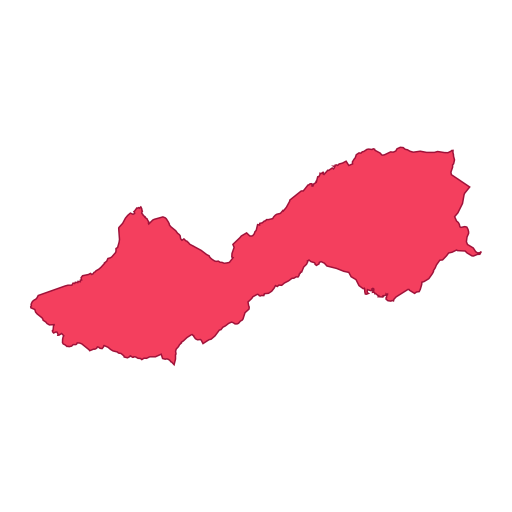 Cabesti, Bihor, Romania
{"feature_id": "2599482B71952057061288", "entity_name": "Cabesti", "entity_type": "district", "adm_level": 2, "iso_a3": "ROU", "parent_name": "Romania", "parent_adm1": "Bihor", "projection": "albers", "projection_center": [22.412, 46.783], "detail": "fine", "context": "isolated", "style": "filled", "palette": "rose", "viewbox_px": 512, "rotation_deg": 0, "n_neighbors": 0, "source": "geoboundaries", "source_scale": "gbopen_adm2", "svg_char_len": 6056}
<svg xmlns="http://www.w3.org/2000/svg" viewBox="0 0 512 512"><path d="M386.1,299.2L387.9,300.7L390.9,301.1L392.2,300.5L393.5,300.9L393.9,299.3L396.1,296.9L408.0,289.4L409.1,289.5L409.4,290.2L414.6,293.4L416.5,292.0L419.2,291.6L420.3,289.3L421.7,284.5L421.9,282.2L424.0,281.6L428.8,278.7L432.4,273.6L433.5,271.5L433.4,270.7L435.2,267.9L436.4,265.0L439.8,260.2L442.6,259.9L446.6,255.7L448.6,253.0L452.1,252.2L456.6,250.0L457.5,250.6L465.1,251.0L467.0,252.9L472.0,255.9L473.5,256.0L477.4,254.4L479.8,254.3L481.3,251.6L479.6,252.8L477.5,252.9L475.6,251.6L473.3,248.0L467.5,244.5L466.4,241.8L467.0,237.1L468.6,233.4L468.6,231.8L468.0,229.4L466.8,227.1L464.8,226.6L461.0,227.4L459.9,226.8L459.3,224.3L458.3,222.5L456.6,221.1L454.6,216.7L457.9,212.8L462.5,203.5L464.1,194.5L464.7,193.2L469.7,187.0L451.4,174.7L450.9,172.2L452.6,167.2L452.6,164.9L453.6,163.8L454.5,159.9L453.5,156.1L453.5,154.9L452.9,152.3L453.0,150.4L451.7,150.5L451.0,151.2L447.9,152.7L444.5,152.6L437.6,151.5L434.5,152.4L426.5,152.4L420.3,151.2L413.3,152.2L409.9,151.2L407.5,149.8L405.2,149.3L403.2,147.6L400.3,147.3L397.0,148.8L395.8,151.0L393.2,152.2L390.6,151.9L384.5,154.8L382.7,155.2L381.7,154.9L380.2,153.1L375.0,150.3L374.6,149.2L373.2,148.8L372.1,149.5L368.6,149.1L366.9,149.4L363.8,151.5L362.3,151.8L360.8,153.2L359.0,152.9L356.3,154.7L355.2,157.9L354.2,159.0L352.4,161.9L352.6,163.9L348.8,165.5L346.1,161.2L342.5,163.1L339.1,164.0L337.6,165.4L336.5,164.9L335.1,165.2L335.0,166.2L333.6,166.2L334.4,166.7L334.5,167.5L333.5,168.9L332.2,168.0L328.7,170.4L327.8,170.2L324.0,174.5L323.0,173.8L323.4,172.4L323.1,172.2L321.2,173.5L320.0,173.3L320.1,174.3L318.8,176.7L317.7,176.8L316.4,181.9L316.0,181.7L316.0,182.5L313.7,184.0L312.9,186.1L312.0,186.0L312.0,183.9L311.4,183.7L310.1,183.8L308.8,184.9L308.0,185.0L303.3,190.9L301.2,191.0L289.9,200.0L289.6,201.4L286.3,207.4L283.3,211.0L282.9,210.5L280.4,213.4L276.9,214.2L275.4,215.1L273.6,217.0L272.7,218.6L268.5,219.6L266.5,219.6L265.5,220.8L264.2,221.1L262.3,222.8L259.7,223.4L259.6,225.0L257.6,224.6L256.2,230.4L254.9,231.8L254.3,233.7L252.7,235.7L251.2,236.1L249.7,235.9L246.6,232.9L241.3,236.0L239.9,237.7L232.9,244.4L234.1,247.4L232.0,253.5L231.8,257.0L233.1,257.6L229.4,262.4L227.1,262.9L224.2,263.3L222.1,262.4L220.1,262.3L218.3,261.1L216.2,261.4L214.6,261.0L211.6,259.0L209.9,257.4L209.1,255.8L206.7,254.6L201.2,250.4L189.7,244.2L188.2,242.3L187.4,241.9L187.0,241.2L185.9,240.9L183.9,238.9L182.0,240.3L180.9,239.1L180.5,238.1L180.2,235.9L179.3,234.6L177.5,233.2L175.7,230.7L170.9,226.8L169.4,225.0L169.3,224.0L168.4,222.1L166.3,218.8L165.2,217.8L162.9,216.9L154.3,219.3L152.8,220.0L148.8,224.0L148.4,223.1L148.7,221.7L147.7,220.4L147.1,218.9L144.9,217.3L145.1,216.8L143.2,215.4L142.9,214.5L141.8,213.4L141.9,212.0L142.4,211.2L141.8,210.1L141.9,209.2L141.0,207.2L140.8,206.9L139.4,208.2L138.7,207.6L137.4,208.2L136.8,208.0L134.5,211.2L133.9,211.6L134.5,212.5L134.6,213.5L133.0,214.3L130.4,213.1L127.7,215.4L125.4,218.2L122.7,223.3L118.9,227.5L118.7,228.4L119.5,239.5L119.1,242.2L117.6,247.5L116.0,248.5L116.0,250.9L115.7,252.4L111.8,256.9L110.4,257.8L107.9,258.5L106.7,261.2L104.5,262.9L104.7,263.2L101.0,267.3L98.8,269.2L96.0,270.8L95.1,271.9L93.9,272.5L93.2,273.7L91.8,274.5L90.5,273.4L88.5,274.5L82.6,275.7L81.1,277.7L81.6,280.0L80.4,280.1L80.3,281.7L78.0,281.4L77.8,282.6L75.3,282.3L74.7,283.5L73.1,283.1L71.8,285.2L68.0,285.2L65.0,286.0L38.2,295.5L37.1,297.7L35.8,299.2L34.2,300.0L32.5,301.4L31.5,303.3L31.1,304.6L31.4,305.7L30.7,306.7L30.9,307.8L34.8,309.5L35.6,312.1L37.2,314.0L42.1,317.9L42.8,319.0L43.1,320.2L45.8,322.0L47.0,323.5L49.4,324.9L54.1,324.6L54.1,325.1L53.5,325.8L53.1,330.0L52.4,330.6L52.6,331.8L53.6,333.0L55.9,332.0L57.1,332.2L58.1,334.6L57.9,335.2L59.0,335.1L61.6,333.5L63.8,335.8L63.1,336.9L62.6,339.3L62.5,342.6L63.2,343.9L65.3,345.0L67.0,346.5L68.1,346.3L69.0,346.7L71.6,346.1L73.2,344.6L75.8,344.6L76.6,344.1L77.2,342.9L79.5,343.0L81.7,343.8L89.0,349.7L89.7,350.7L93.7,349.1L94.8,349.2L96.6,348.3L97.4,346.9L98.7,347.2L100.0,348.3L102.1,348.6L103.7,346.6L103.7,345.9L104.1,345.5L108.1,347.3L110.5,349.4L113.0,350.9L117.4,352.0L118.4,353.0L121.1,353.5L123.9,355.9L124.2,357.0L127.5,357.8L129.8,356.6L129.8,356.2L130.5,355.8L132.5,357.3L133.6,357.2L133.9,356.7L135.6,356.9L138.0,358.3L140.5,358.5L141.8,359.6L144.0,358.2L146.6,358.3L149.7,356.8L155.4,356.8L161.2,354.2L162.6,358.5L165.2,359.2L166.7,358.9L167.8,359.1L169.7,360.2L170.9,361.8L171.8,362.2L174.1,364.7L175.5,359.1L175.5,354.8L176.0,354.0L175.6,351.2L176.2,349.1L178.5,346.6L179.5,344.7L181.4,343.0L181.2,342.4L183.4,340.9L187.0,337.5L191.6,334.6L192.4,334.6L192.9,335.4L193.7,335.8L193.7,336.3L195.4,338.7L196.2,339.2L197.6,339.8L200.4,339.5L201.3,340.3L203.0,343.6L209.0,339.7L211.1,339.2L215.0,335.9L219.4,330.0L220.9,329.7L222.9,327.2L225.4,325.9L228.6,323.4L231.5,322.1L233.1,322.6L235.0,323.9L237.1,323.9L238.5,323.3L240.4,321.1L242.2,320.1L243.0,319.0L245.0,312.7L249.0,309.1L249.2,307.0L248.7,305.9L248.0,302.0L251.8,298.4L252.8,296.8L257.3,294.3L258.5,294.6L259.3,295.7L260.2,296.0L261.4,295.5L263.8,295.6L264.2,294.6L264.0,294.3L264.5,293.7L268.5,293.3L271.7,291.2L274.0,288.3L275.5,285.6L277.3,286.5L278.9,285.1L281.7,285.3L284.4,283.0L288.5,280.9L292.0,278.3L293.9,278.2L296.2,276.8L298.0,277.0L299.0,275.6L299.3,274.0L300.1,273.5L300.5,272.2L301.6,272.1L303.7,267.0L306.5,264.3L307.8,261.6L307.4,261.0L309.0,260.0L310.9,261.6L314.5,262.7L315.1,263.6L315.0,264.2L316.4,265.4L319.0,263.9L319.3,262.4L321.1,261.6L324.4,263.2L326.9,266.0L336.5,268.4L343.8,271.3L348.8,272.4L351.1,276.7L356.0,279.6L359.0,285.6L363.2,288.7L364.3,288.2L364.6,288.7L364.8,291.8L365.3,294.0L366.5,294.2L368.5,293.4L367.5,292.8L367.2,291.6L367.5,289.6L370.8,290.7L372.5,290.7L372.9,290.5L371.7,289.1L372.6,288.4L373.3,288.5L373.8,289.0L373.8,290.2L372.7,292.3L374.2,292.2L375.0,293.8L375.6,293.5L377.8,295.4L378.7,295.6L378.2,296.7L382.9,297.0L383.4,296.4L382.9,295.9L383.1,295.6L384.1,295.7L386.0,295.0L386.1,293.9L387.0,294.6L387.5,294.2L387.5,294.8L386.7,295.4L386.5,297.7L386.0,297.9L386.1,299.2Z" fill="#f43f5e" stroke="#9f1239" stroke-width="1.5"/></svg>